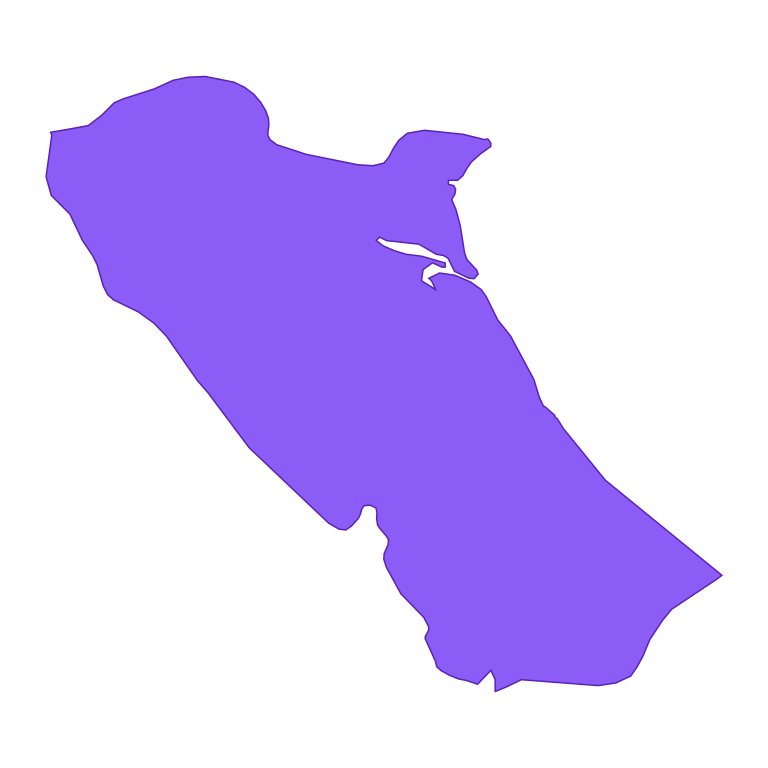 outline of Quảng Bình
{"feature_id": "VNM-476", "entity_name": "Quảng Bình", "entity_type": "Province", "adm_level": 1, "iso_a3": "VNM", "parent_name": "Vietnam", "parent_adm1": "", "projection": "robinson", "projection_center": [106.309, 17.511], "detail": "fine", "context": "isolated", "style": "filled", "palette": "violet", "viewbox_px": 768, "rotation_deg": 0, "n_neighbors": 0, "source": "natural_earth", "source_scale": "10m", "svg_char_len": 2034}
<svg xmlns="http://www.w3.org/2000/svg" viewBox="0 0 768 768"><path d="M207.5,392.2L197.5,380.7L166.4,336.1L153.9,323.1L138.3,311.9L113.4,299.8L107.6,294.6L103.2,285.9L97.2,264.9L92.8,255.9L82.2,240.0L69.9,214.1L51.3,195.4L46.1,176.8L51.8,135.1L50.6,132.3L64.7,129.9L88.2,125.6L101.7,115.3L114.2,102.8L123.4,98.8L154.5,88.8L173.2,80.3L188.3,77.2L205.3,76.5L233.7,82.1L244.8,87.5L253.7,94.2L260.6,102.2L265.7,110.7L268.4,118.3L268.9,125.4L268.0,130.9L267.9,135.6L270.0,139.7L276.7,144.7L306.3,154.4L358.0,164.8L373.1,165.7L383.9,163.1L388.7,157.4L393.4,148.4L398.8,140.3L407.3,133.3L424.5,130.3L463.1,134.3L483.8,139.5L487.9,139.0L490.8,143.1L490.8,146.4L480.9,153.5L471.5,161.8L466.7,168.7L462.8,175.7L457.5,180.3L448.4,180.2L448.4,184.3L453.7,185.6L455.6,189.1L454.9,194.1L451.7,199.6L456.0,209.7L460.2,225.5L464.7,253.6L467.1,259.8L476.8,270.2L478.1,274.2L474.0,278.7L468.8,278.2L454.5,271.3L448.2,258.4L443.5,255.5L436.3,254.3L419.0,244.2L386.6,240.6L379.6,237.1L376.3,240.5L383.2,245.9L394.3,250.7L405.8,254.2L422.0,256.3L445.2,263.0L445.2,267.1L441.9,267.1L432.5,262.8L423.1,269.6L421.5,280.7L435.4,289.5L432.7,282.9L431.3,280.5L428.8,278.3L439.6,273.0L455.1,275.3L470.5,282.0L481.1,289.5L486.2,296.6L497.7,319.9L510.6,336.1L533.9,379.6L539.3,397.2L543.4,406.1L545.3,407.0L554.7,415.3L555.2,417.4L557.3,418.8L563.4,428.6L605.3,480.2L692.8,551.6L721.9,575.3L718.9,577.7L671.7,609.2L662.4,620.5L649.8,639.6L643.2,655.6L637.0,667.0L630.8,676.0L616.0,682.9L598.3,685.6L521.3,679.7L506.9,686.7L495.2,691.5L495.1,679.4L490.9,670.3L477.6,684.2L466.6,680.5L458.3,678.9L449.1,675.1L441.0,670.6L436.7,666.7L435.5,661.4L433.2,656.3L425.1,638.5L425.5,636.0L428.6,630.2L428.8,627.0L423.9,617.5L400.9,593.8L386.5,567.5L383.8,559.2L384.2,553.5L388.1,544.7L388.5,539.7L386.7,536.5L380.1,528.8L377.6,525.1L376.6,518.4L377.0,512.5L376.0,508.0L370.3,505.2L364.3,505.6L361.8,508.9L360.6,513.6L358.5,518.2L351.5,526.0L346.0,529.9L339.1,529.2L328.6,523.1L249.2,447.8L207.6,392.2L207.5,392.2Z" fill="#8b5cf6" stroke="#5b21b6" stroke-width="1.5"/></svg>